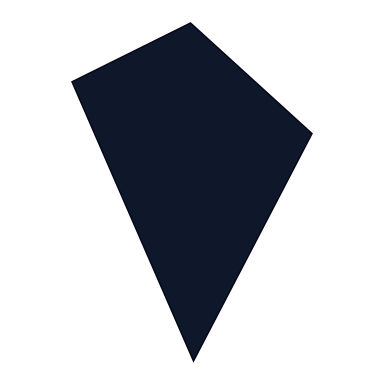 Sonsorol, Mercator projection
{"feature_id": "PLW-5259", "entity_name": "Sonsorol", "entity_type": "state/province", "adm_level": 1, "iso_a3": "PLW", "parent_name": "Palau", "parent_adm1": "", "projection": "mercator", "projection_center": [132.22, 5.301], "detail": "fine", "context": "isolated", "style": "filled", "palette": "ink", "viewbox_px": 384, "rotation_deg": 0, "n_neighbors": 0, "source": "natural_earth", "source_scale": "10m", "svg_char_len": 189}
<svg xmlns="http://www.w3.org/2000/svg" viewBox="0 0 384 384"><path d="M193.5,361.0L72.0,81.8L190.5,23.0L312.0,133.6L193.5,361.0Z" fill="#0f172a" stroke="#020617" stroke-width="1.5"/></svg>